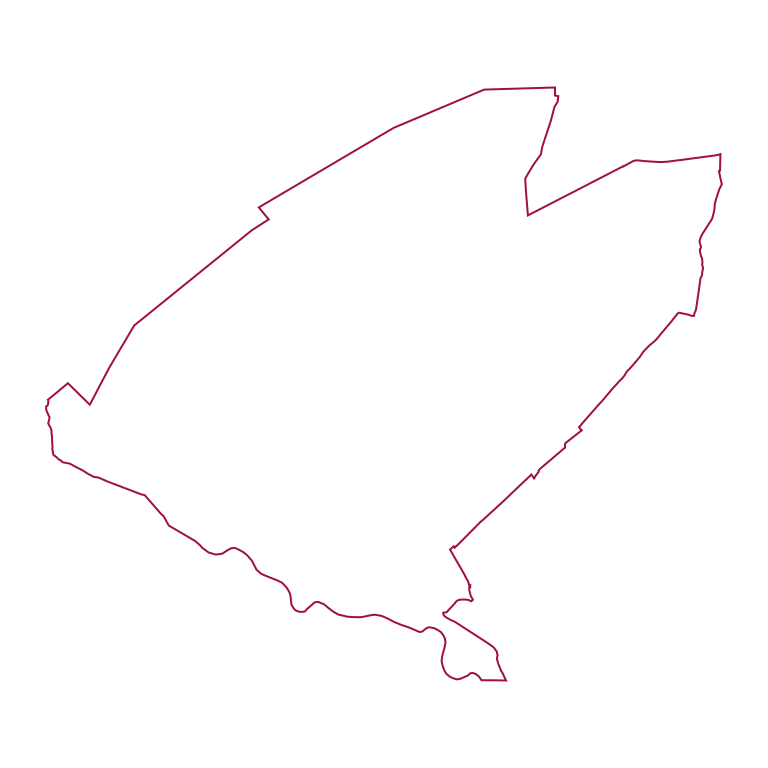 outline of Zanesti, Neamt, Romania
{"feature_id": "2599482B84158919425532", "entity_name": "Zanesti", "entity_type": "district", "adm_level": 2, "iso_a3": "ROU", "parent_name": "Romania", "parent_adm1": "Neamt", "projection": "natural_earth1", "projection_center": [26.587, 46.826], "detail": "fine", "context": "isolated", "style": "outline", "palette": "rose", "viewbox_px": 768, "rotation_deg": 0, "n_neighbors": 0, "source": "geoboundaries", "source_scale": "gbopen_adm2", "svg_char_len": 5569}
<svg xmlns="http://www.w3.org/2000/svg" viewBox="0 0 768 768"><path d="M481.4,680.2L493.7,680.3L506.0,680.5L504.2,676.7L502.7,673.2L501.2,671.1L500.6,669.5L499.5,666.8L498.7,664.8L497.9,662.6L497.0,659.3L497.1,657.0L497.7,655.4L497.5,655.0L497.3,654.6L497.2,654.2L497.2,653.9L496.8,652.0L496.7,651.4L496.4,650.9L495.8,650.3L495.4,649.9L494.4,648.2L493.1,646.9L486.2,642.1L455.3,622.1L453.8,621.3L452.5,620.8L449.6,619.4L447.3,618.0L445.0,616.7L443.3,614.3L443.2,612.7L443.9,612.6L446.7,612.2L447.2,611.6L448.7,609.9L450.3,608.2L454.5,603.7L455.9,601.9L456.4,601.2L457.7,600.4L459.6,599.8L461.0,599.6L464.3,599.5L465.9,599.6L468.2,599.9L469.1,600.2L469.8,600.5L470.4,600.9L471.0,601.3L471.8,600.7L472.3,600.5L472.6,600.2L472.9,599.4L472.3,598.6L470.8,596.0L469.3,590.2L469.2,588.0L469.3,586.7L470.2,587.1L470.3,585.0L468.8,584.4L468.6,583.1L468.0,581.0L467.4,580.1L466.3,578.4L465.7,576.8L465.1,576.2L464.8,575.2L464.5,574.7L463.6,573.1L450.0,549.5L453.9,546.2L454.7,547.7L459.0,543.6L480.8,521.6L482.4,520.4L504.7,500.0L513.2,491.8L530.4,475.5L531.3,474.5L534.1,478.5L534.4,478.2L534.5,477.6L535.9,475.3L537.5,473.4L537.8,472.7L538.4,472.0L538.7,471.8L538.7,471.1L538.6,470.4L540.2,468.8L541.4,467.7L562.8,449.5L565.1,447.6L565.0,446.2L565.0,444.6L565.1,443.7L565.2,443.3L575.5,435.2L581.8,430.3L579.8,428.4L579.2,427.4L579.0,427.1L579.7,426.4L580.1,426.1L582.7,422.8L584.9,420.4L588.6,416.1L594.2,409.8L595.2,408.6L598.7,404.6L602.1,401.0L603.1,399.8L605.8,396.6L611.7,389.6L613.4,387.6L617.5,383.2L619.3,381.2L620.8,379.7L621.9,378.7L622.7,377.8L624.1,376.0L624.4,375.7L625.5,373.7L627.0,371.3L628.0,370.3L628.9,369.6L633.5,364.4L634.9,362.6L636.6,360.8L638.1,358.9L639.6,357.2L640.7,355.6L641.8,354.1L642.3,353.2L643.4,351.6L645.5,349.5L648.7,346.1L650.3,344.7L651.3,343.8L652.8,342.7L655.0,340.7L656.4,339.3L657.8,337.8L659.1,336.1L661.1,333.6L664.8,329.2L671.1,321.8L677.6,313.5L678.6,312.9L679.5,312.8L688.5,314.7L691.4,315.8L693.9,315.9L694.4,313.5L696.0,309.7L697.0,302.8L698.6,292.0L699.0,289.2L700.5,278.1L700.9,277.4L701.1,277.1L701.5,276.3L701.7,275.9L701.9,275.4L702.1,274.8L702.1,274.3L702.1,273.7L702.1,273.4L702.3,272.2L702.5,270.8L702.8,269.3L703.0,267.7L702.8,266.7L702.5,265.9L702.3,265.5L702.2,265.2L702.2,264.7L702.2,264.2L702.3,263.7L702.4,263.1L702.4,262.7L702.4,262.0L702.3,260.8L702.2,260.2L702.2,259.8L702.1,258.9L701.8,257.8L700.8,255.7L700.7,255.0L700.7,254.6L700.4,253.4L700.2,252.5L699.9,250.9L699.9,249.8L700.0,249.1L700.5,248.5L700.9,247.7L701.0,247.3L701.0,247.0L700.9,246.2L700.5,245.2L700.2,244.3L700.1,243.8L700.0,243.6L699.6,242.3L699.7,241.1L699.9,239.9L700.5,237.9L700.9,236.9L702.5,233.7L704.1,231.3L705.7,228.8L707.7,225.7L709.2,223.2L710.9,220.8L712.3,218.3L712.5,217.4L713.0,215.5L713.1,215.2L713.2,214.8L713.5,213.7L713.7,212.8L714.2,210.4L714.6,208.0L714.6,206.8L714.7,204.6L714.8,203.8L715.0,203.2L715.1,202.6L715.2,202.3L715.6,200.8L716.0,199.5L716.1,198.9L716.7,197.3L718.4,192.0L719.4,189.0L720.2,187.5L721.9,184.1L721.6,183.5L721.0,180.7L720.5,178.6L720.2,177.3L719.7,174.7L719.3,172.9L718.9,171.4L719.2,170.8L720.0,170.7L720.1,167.4L720.2,163.0L720.4,154.1L718.4,154.8L716.4,155.2L715.1,155.4L712.5,155.8L706.1,156.7L704.2,156.8L700.5,157.4L686.6,159.2L683.8,159.6L681.0,160.0L678.0,160.3L670.6,161.3L668.9,161.5L668.0,161.6L666.9,161.7L665.3,161.8L663.0,162.0L660.9,162.0L658.8,162.0L657.0,161.9L655.3,161.8L652.1,161.6L649.1,161.4L646.3,161.2L644.1,161.1L640.4,160.6L639.2,160.5L638.2,160.4L637.2,160.4L636.3,160.4L634.8,160.6L633.7,160.9L633.0,161.2L632.5,161.4L630.7,162.5L629.0,163.3L625.1,165.6L624.3,166.0L623.5,166.4L623.5,166.1L549.8,204.1L527.9,215.4L526.0,191.6L525.2,178.8L527.9,173.9L533.6,164.5L541.0,154.1L542.2,147.0L550.9,120.6L554.5,106.7L557.6,101.9L558.3,96.2L555.0,95.5L555.0,91.5L555.0,87.5L547.5,87.7L484.1,89.6L393.8,127.8L388.3,131.0L258.8,207.4L268.7,219.4L251.9,230.2L134.2,325.5L109.3,367.6L89.8,404.7L85.0,400.0L67.9,383.2L58.0,391.5L48.0,399.7L48.3,400.0L48.3,402.7L47.9,404.6L47.5,405.5L46.2,406.4L46.1,408.2L46.4,410.5L48.0,414.0L49.6,417.4L48.9,421.0L48.2,422.9L48.6,424.0L48.9,424.9L49.8,426.3L50.5,427.6L51.2,429.5L51.5,430.8L51.4,432.5L51.7,434.0L51.8,435.2L52.0,436.9L52.1,440.0L52.2,441.8L52.3,443.6L52.5,446.2L52.3,448.9L52.7,450.8L53.1,453.7L53.4,454.7L54.5,455.7L56.7,457.3L58.6,459.3L60.9,460.5L62.3,462.1L64.3,462.6L69.2,463.5L71.5,464.5L74.4,466.2L82.4,470.2L87.1,473.3L92.5,476.2L94.2,477.0L98.3,477.5L107.7,481.6L141.6,494.5L144.7,495.1L161.0,513.9L163.5,516.0L168.8,525.6L180.1,532.2L195.1,541.0L200.0,545.2L202.3,547.9L208.6,552.5L215.9,554.6L222.2,553.7L227.6,550.2L231.5,548.2L235.0,547.9L239.2,549.9L243.2,552.1L245.4,553.8L247.5,555.6L251.9,560.7L256.5,569.7L261.3,573.9L268.7,577.0L276.4,580.0L282.2,582.8L287.0,588.0L289.9,593.4L290.6,597.0L291.4,604.4L293.3,607.8L295.3,610.2L298.4,611.6L301.1,611.9L304.7,611.6L307.7,608.4L312.0,604.7L314.6,602.3L318.5,602.0L323.9,604.2L329.2,608.6L333.2,611.6L338.5,614.6L347.5,616.7L353.4,617.1L357.9,617.2L361.7,617.1L367.5,615.9L372.1,615.0L374.4,614.7L381.3,615.8L387.4,618.4L394.4,622.1L401.1,624.8L408.5,627.3L418.6,631.6L419.9,632.0L421.6,631.7L422.6,631.4L424.7,629.5L426.3,628.3L427.7,627.6L429.0,627.3L431.0,627.5L434.1,628.2L435.9,629.0L437.6,629.9L440.8,632.0L443.2,635.1L444.3,637.3L444.8,638.2L445.2,640.4L445.5,642.7L444.4,648.2L443.1,652.7L442.1,656.6L441.6,661.1L442.6,665.6L444.4,670.6L446.6,674.1L449.7,676.5L452.7,678.1L457.0,679.4L460.8,678.6L467.8,675.6L470.4,673.2L472.7,673.0L475.4,673.8L477.3,675.2L478.7,676.4L479.9,677.7L480.2,678.3L481.4,680.2Z" fill="none" stroke="#9f1239" stroke-width="2"/></svg>